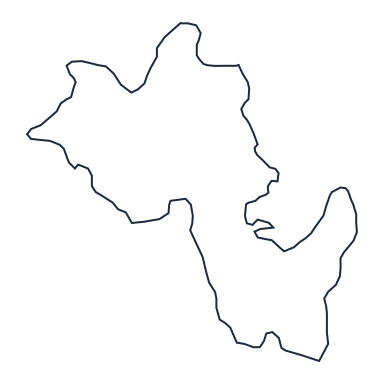 the district of Pohang-si, North Gyeongsang, South Korea
{"feature_id": "91817680B48442195707238", "entity_name": "Pohang-si", "entity_type": "district", "adm_level": 2, "iso_a3": "KOR", "parent_name": "South Korea", "parent_adm1": "North Gyeongsang", "projection": "orthographic", "projection_center": [129.325, 36.079], "detail": "fine", "context": "isolated", "style": "outline", "palette": "slate", "viewbox_px": 384, "rotation_deg": 0, "n_neighbors": 0, "source": "geoboundaries", "source_scale": "gbopen_adm2", "svg_char_len": 2154}
<svg xmlns="http://www.w3.org/2000/svg" viewBox="0 0 384 384"><path d="M180.6,23.0L164.8,37.0L156.9,48.2L156.9,56.7L150.4,68.4L147.1,75.6L144.4,83.5L137.9,89.4L131.3,92.6L120.9,84.7L113.7,73.6L105.9,66.4L98.0,65.1L90.2,63.1L81.7,61.1L71.9,61.7L66.6,65.6L69.9,74.2L73.8,78.1L75.7,82.0L73.8,87.3L71.1,97.1L65.9,99.7L60.6,103.6L56.7,111.4L40.9,125.1L31.1,129.0L27.1,134.3L28.0,135.2L31.0,138.9L42.8,140.2L50.0,140.9L59.8,144.8L63.8,148.8L67.7,159.3L69.0,162.6L74.9,168.5L78.1,164.6L88.0,168.5L91.9,175.7L91.9,186.2L95.8,192.1L100.4,194.8L112.8,202.7L118.0,209.2L125.9,212.5L131.8,223.0L144.3,221.7L159.4,219.1L168.5,213.2L169.2,204.7L170.5,200.8L185.6,198.8L190.9,204.7L192.8,215.9L192.2,223.7L190.2,230.3L202.7,257.2L206.6,273.6L209.2,282.8L215.1,292.0L216.4,298.6L216.4,307.8L219.7,319.6L225.0,322.9L230.2,327.5L234.2,336.7L236.8,342.6L244.7,344.0L253.3,347.2L259.8,347.2L263.8,341.3L266.4,333.4L272.3,332.1L278.9,338.0L280.2,343.3L281.5,347.9L285.5,350.5L301.3,355.1L318.3,360.7L319.1,361.0L328.2,343.8L326.9,332.7L326.9,324.1L326.9,313.6L326.2,306.4L324.2,298.5L328.1,291.9L336.0,284.7L339.9,276.1L340.6,267.6L340.5,258.4L343.8,252.5L353.6,240.6L356.9,232.1L356.2,222.3L356.2,214.4L353.5,205.2L350.9,199.3L348.2,191.4L345.6,188.2L340.4,187.5L331.9,192.1L329.9,195.4L326.0,206.6L323.4,215.8L316.2,225.6L310.9,233.5L305.7,238.1L299.8,242.1L293.9,247.3L284.1,251.3L278.8,246.7L271.6,240.1L267.6,239.5L257.8,237.5L254.5,231.6L260.4,229.0L273.3,227.6L268.9,222.8L257.7,219.6L254.7,222.5L252.6,224.9L246.9,223.3L245.8,219.6L245.0,215.8L245.3,212.3L246.1,204.3L247.7,203.2L249.0,202.6L255.5,200.8L259.5,197.0L261.9,196.2L265.7,194.8L268.4,192.7L267.8,187.8L268.1,185.7L271.6,180.9L272.7,180.9L277.5,181.4L278.0,177.1L278.6,173.1L275.3,168.8L269.7,167.4L263.0,160.5L257.3,155.1L255.2,151.6L254.6,147.9L257.6,144.4L253.8,133.9L249.8,124.8L247.2,120.2L243.3,115.6L241.3,109.0L244.6,103.1L248.5,99.2L249.2,88.7L247.8,82.2L242.6,73.7L238.6,65.0L236.1,65.8L223.6,65.8L214.5,65.9L207.3,65.2L203.4,63.9L199.4,59.3L196.8,55.4L196.8,44.9L198.8,40.3L200.7,33.1L196.2,25.3L187.7,23.3L185.1,23.3L181.8,23.3L180.6,23.0Z" fill="none" stroke="#1e293b" stroke-width="2"/></svg>